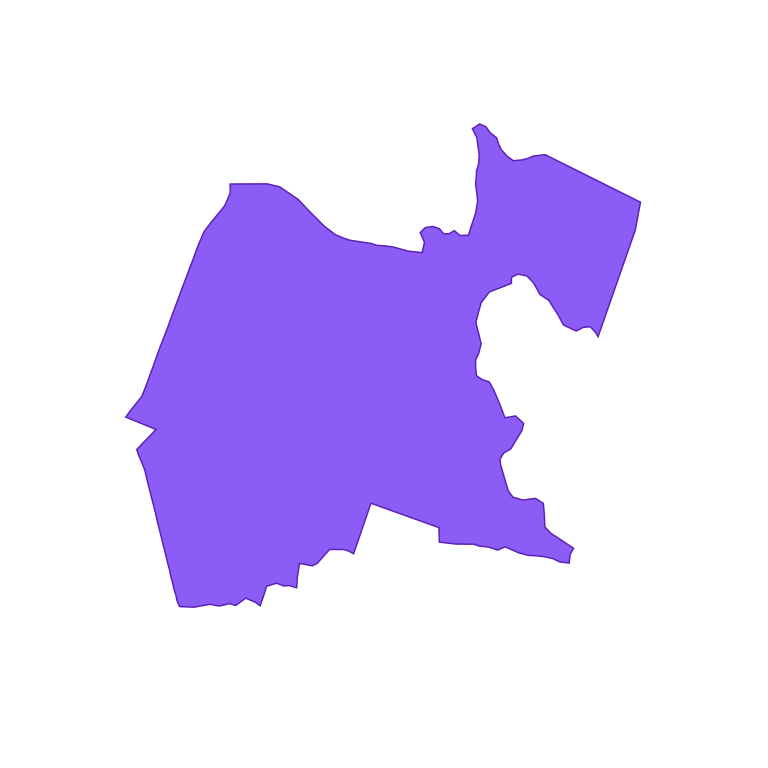 Caxingó, Piauí, Brazil (Natural Earth projection), rotated 199°
{"feature_id": "56859067B67253646809500", "entity_name": "Caxingó", "entity_type": "district", "adm_level": 2, "iso_a3": "BRA", "parent_name": "Brazil", "parent_adm1": "Piauí", "projection": "natural_earth1", "projection_center": [-41.859, -3.393], "detail": "fine", "context": "isolated", "style": "filled", "palette": "violet", "viewbox_px": 768, "rotation_deg": 199, "n_neighbors": 0, "source": "geoboundaries", "source_scale": "gbopen_adm2", "svg_char_len": 2487}
<svg xmlns="http://www.w3.org/2000/svg" viewBox="0 0 768 768"><g transform="rotate(199 384 384)"><path d="M280.2,252.5L263.8,256.1L246.9,261.8L241.6,261.7L231.7,263.9L222.5,264.0L216.4,269.5L209.1,268.9L201.8,268.2L191.6,269.0L183.9,271.2L175.5,273.0L167.4,273.9L160.2,273.0L150.6,275.0L152.5,283.3L151.3,290.4L177.7,297.2L185.4,301.2L190.0,313.0L194.5,323.0L203.4,325.2L214.9,319.5L225.4,319.0L231.9,323.6L247.5,345.6L249.9,350.7L248.3,357.8L243.0,363.9L238.4,385.1L239.2,392.2L249.3,396.6L258.7,391.4L266.8,401.3L278.0,413.8L285.1,420.2L293.1,420.2L299.3,422.0L303.0,430.1L305.2,436.7L304.4,443.6L305.2,453.7L317.2,472.1L318.1,483.9L318.6,492.6L314.3,505.4L296.3,520.6L298.2,526.3L293.2,531.5L284.2,532.7L275.6,528.4L265.7,519.4L255.5,516.8L241.6,505.7L233.5,498.2L219.5,496.7L214.2,502.3L207.7,505.3L201.2,501.9L197.0,498.5L196.5,611.0L200.7,639.4L306.4,653.3L317.0,648.1L321.6,644.0L326.9,640.6L334.5,637.2L342.0,639.6L349.2,643.6L353.0,647.3L357.8,653.5L365.3,656.1L371.5,660.4L378.2,661.0L383.5,654.2L376.5,647.3L372.2,638.7L368.5,631.5L366.1,622.5L365.9,615.6L364.3,610.2L362.3,602.3L358.3,594.6L354.9,587.0L353.0,575.9L352.9,567.2L352.9,561.3L352.5,552.3L360.4,549.1L367.4,551.9L371.7,547.0L376.8,545.5L382.2,548.9L388.9,548.9L395.7,545.5L399.1,539.0L391.9,531.2L390.7,520.6L404.6,517.5L419.3,516.6L427.0,515.2L435.8,512.8L441.3,512.8L463.2,508.8L470.2,508.8L478.8,509.4L491.7,513.7L510.8,523.0L525.0,530.5L546.7,536.4L559.7,535.2L594.6,523.0L591.6,514.6L592.1,506.6L592.7,500.7L594.8,494.5L597.0,488.9L600.5,479.5L603.7,469.6L604.5,459.4L605.0,451.1L605.1,440.4L605.5,430.5L605.6,423.0L605.8,417.2L606.1,408.1L606.3,398.2L606.6,387.3L606.8,377.9L606.9,369.6L607.2,359.9L607.7,346.3L608.0,334.1L608.0,326.1L608.2,318.0L608.3,311.2L608.5,302.5L609.0,293.4L611.1,287.3L615.4,275.4L617.4,268.6L584.7,266.8L596.5,241.6L592.9,236.9L587.6,231.0L582.5,225.1L579.0,219.8L575.5,214.2L571.5,208.1L566.6,200.6L561.0,192.1L558.0,187.5L553.2,179.7L546.3,169.2L540.5,160.1L537.4,155.5L533.6,149.6L529.9,143.7L526.3,138.5L523.2,133.1L519.4,127.6L515.3,121.0L512.1,116.7L508.9,111.3L504.9,107.0L491.0,111.1L476.7,119.1L467.6,120.4L458.1,126.2L452.2,126.2L445.0,136.5L434.3,135.7L428.9,134.0L428.9,140.3L428.9,146.4L429.1,154.6L420.7,160.7L413.0,160.4L408.2,162.5L400.3,162.9L403.4,174.8L405.5,186.9L392.7,188.7L388.7,192.7L381.6,209.9L367.7,214.5L362.6,214.5L357.5,213.6L357.5,251.4L357.5,259.3L357.5,267.0L285.3,266.1L280.2,252.5Z" fill="#8b5cf6" stroke="#5b21b6" stroke-width="1.5"/></g></svg>